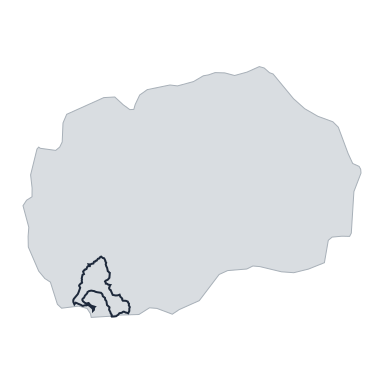 Resen, Resen, North Macedonia (highlighted)
{"feature_id": "65306769B70601166108403", "entity_name": "Resen", "entity_type": "district", "adm_level": 2, "iso_a3": "MKD", "parent_name": "North Macedonia", "parent_adm1": "Resen", "projection": "natural_earth1", "projection_center": [21.03, 41.035], "detail": "fine", "context": "in_parent", "style": "outline", "palette": "slate", "viewbox_px": 384, "rotation_deg": 0, "n_neighbors": 0, "source": "geoboundaries", "source_scale": "gbopen_adm2", "svg_char_len": 3218}
<svg xmlns="http://www.w3.org/2000/svg" viewBox="0 0 384 384"><path d="M170.1,85.0L177.5,85.9L193.4,81.6L203.3,75.8L208.4,74.9L215.1,72.6L224.8,72.9L234.6,75.5L247.0,72.1L259.3,66.6L264.2,68.0L269.5,72.7L273.1,74.0L293.5,98.7L304.7,108.7L317.9,116.3L332.9,121.8L338.3,127.2L348.1,153.5L352.7,163.5L359.1,166.4L360.7,169.3L361.0,173.1L353.9,191.6L351.3,233.1L349.6,236.4L342.0,236.2L332.1,237.1L328.3,240.3L324.4,262.7L308.4,269.1L293.8,272.7L281.5,271.8L259.9,266.6L252.9,266.0L246.8,269.0L227.6,270.6L219.1,274.5L199.3,300.6L179.2,309.6L172.3,314.2L156.9,308.4L149.5,307.8L138.9,314.5L115.5,315.2L109.2,316.3L91.2,317.4L90.5,313.8L87.1,308.5L78.7,306.1L61.6,308.2L57.4,304.3L50.4,282.1L44.9,278.6L38.7,271.1L28.3,247.0L28.1,236.5L28.8,227.3L23.0,205.7L26.6,200.2L32.0,196.8L32.1,188.1L30.6,174.9L37.0,149.0L38.7,147.1L40.3,148.3L55.7,150.4L59.7,147.1L62.2,142.0L63.0,123.0L66.7,114.3L103.8,97.6L114.8,97.0L123.1,104.7L129.8,109.6L133.8,109.4L135.2,104.5L139.7,95.0L147.3,89.6L169.9,85.0L170.1,85.0Z" fill="#d9dde1" stroke="#a8b0b8" stroke-width="1"/><path d="M74.4,304.4L74.7,304.0L75.2,303.3L75.8,302.7L76.4,303.0L77.0,303.2L77.8,303.6L78.4,303.9L79.5,304.3L80.9,304.9L81.7,305.3L82.0,305.6L82.6,305.9L82.8,305.9L83.6,305.7L84.7,305.3L85.4,305.3L86.0,305.3L86.6,305.3L86.8,305.1L87.6,305.0L88.6,305.3L89.2,305.6L89.7,305.9L90.3,306.5L91.1,307.2L92.0,308.0L92.6,308.7L92.9,309.0L93.1,309.4L93.1,309.7L93.0,310.0L93.0,310.4L93.0,310.8L93.9,309.9L94.1,308.7L93.7,307.8L94.8,306.8L91.6,305.8L90.2,304.9L88.6,303.0L86.4,303.5L84.8,302.8L82.9,301.2L82.3,299.9L82.6,298.8L84.1,297.6L84.9,295.7L87.1,293.4L87.5,292.1L89.0,291.1L91.2,290.6L94.6,291.2L95.2,291.7L97.1,292.2L101.0,292.8L102.4,294.3L102.8,296.2L105.0,297.9L105.2,299.8L106.1,300.6L106.5,301.7L107.0,305.0L109.5,307.3L109.1,309.7L110.5,312.4L110.7,313.5L111.6,314.5L111.8,315.5L111.5,316.1L111.8,316.6L112.3,316.6L112.6,316.5L113.7,316.5L114.1,316.5L114.8,316.4L116.2,316.2L117.2,315.4L118.1,314.8L118.5,314.4L118.9,313.8L119.4,313.2L119.9,313.1L120.7,313.0L121.6,312.8L122.1,312.6L122.6,312.1L123.0,311.9L123.3,311.7L123.5,311.7L123.9,311.8L124.3,311.8L124.5,311.9L125.2,312.3L125.9,312.6L126.3,312.6L127.2,312.9L127.5,313.0L128.2,313.3L129.3,311.0L129.3,308.6L129.8,307.1L128.8,305.3L129.0,303.6L128.1,302.6L127.8,301.6L125.8,300.8L122.8,300.7L122.2,299.7L122.2,298.5L120.3,296.7L119.6,294.7L118.0,295.3L115.8,295.5L112.7,294.9L110.6,290.0L109.8,289.7L109.1,288.4L109.1,287.7L109.7,286.7L109.6,285.9L110.3,285.0L108.1,284.6L107.3,283.9L105.8,283.6L105.8,282.8L105.0,281.5L105.6,280.7L107.8,279.7L109.4,277.8L109.8,272.9L109.3,272.7L108.6,271.7L107.8,271.2L107.1,267.8L106.3,266.3L105.7,264.2L106.2,262.8L105.4,261.6L105.5,261.2L104.7,259.3L104.0,258.2L102.8,258.0L101.1,256.6L99.8,257.4L99.4,258.4L97.9,258.8L96.6,260.7L95.9,260.7L95.1,261.6L94.4,261.5L93.9,261.9L93.4,263.5L91.3,263.9L90.5,264.5L88.5,264.3L89.1,265.6L89.8,265.8L89.8,266.1L88.1,266.1L87.3,266.8L86.4,269.1L85.1,269.4L84.5,270.3L83.9,270.4L83.1,271.6L84.0,274.1L82.5,274.9L81.7,278.5L82.0,279.4L81.7,280.8L82.1,282.6L81.6,283.2L80.7,283.5L79.2,285.3L79.1,285.8L80.2,287.7L78.7,292.0L77.8,294.1L73.8,298.9L73.3,300.1L73.3,301.9L74.4,304.4Z" fill="none" stroke="#1e293b" stroke-width="2"/></svg>